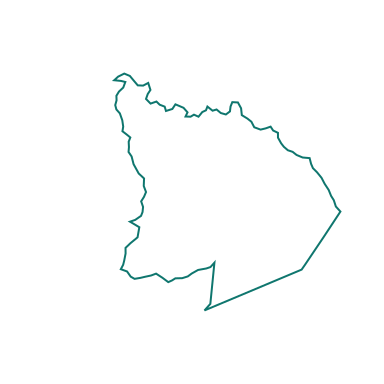 Feira Nova, Sergipe, Brazil, rotated 133°
{"feature_id": "56859067B67652621374936", "entity_name": "Feira Nova", "entity_type": "district", "adm_level": 2, "iso_a3": "BRA", "parent_name": "Brazil", "parent_adm1": "Sergipe", "projection": "robinson", "projection_center": [-37.332, -10.298], "detail": "fine", "context": "isolated", "style": "outline", "palette": "teal", "viewbox_px": 384, "rotation_deg": 133, "n_neighbors": 0, "source": "geoboundaries", "source_scale": "gbopen_adm2", "svg_char_len": 1660}
<svg xmlns="http://www.w3.org/2000/svg" viewBox="0 0 384 384"><g transform="rotate(133 192 192)"><path d="M270.1,102.1L174.0,58.9L168.4,59.7L135.2,65.0L105.1,70.1L104.5,76.9L101.3,82.7L100.0,87.6L97.3,93.4L95.5,100.7L93.3,106.9L92.3,114.0L92.1,119.8L90.2,124.1L87.0,129.1L91.3,134.6L93.6,140.8L94.0,145.8L96.1,150.4L96.3,155.7L95.6,160.0L93.6,166.2L90.1,169.5L91.7,174.6L90.6,179.1L95.2,181.5L99.6,184.4L102.2,190.6L100.1,196.5L100.5,201.5L101.8,208.0L97.3,213.2L95.2,219.5L98.8,223.8L103.2,222.1L107.2,219.2L112.2,220.1L114.6,224.8L114.9,230.3L118.5,232.4L119.0,239.0L122.7,237.5L126.5,239.0L132.5,238.6L134.1,243.3L137.9,244.4L141.2,248.2L136.8,249.6L136.2,255.6L137.7,259.8L139.2,263.9L144.7,263.0L150.5,266.3L148.2,270.2L150.2,275.2L150.1,279.7L155.6,282.6L155.3,289.1L150.5,291.2L145.7,292.0L142.1,298.4L147.5,300.3L151.0,304.4L150.3,310.3L149.5,316.6L151.6,322.3L158.0,324.7L163.3,325.1L159.2,319.7L157.0,315.8L162.5,313.5L168.4,313.9L173.2,312.9L176.4,309.7L180.8,307.4L183.2,303.6L183.7,298.4L187.1,291.9L191.1,286.9L195.0,284.3L194.5,279.0L194.2,274.3L198.4,272.6L202.2,268.7L206.0,265.7L207.2,260.4L211.5,253.7L213.0,249.1L214.8,243.6L214.8,236.3L220.5,231.4L223.4,225.6L228.3,223.8L233.5,222.8L236.3,217.6L240.4,214.5L244.2,213.0L251.1,214.5L256.0,217.1L253.7,206.5L262.3,200.9L271.4,202.1L278.2,202.5L282.3,198.6L288.4,194.8L292.2,192.7L297.0,191.4L294.4,185.3L295.7,179.1L294.7,174.8L289.9,171.1L286.0,168.5L281.0,165.0L276.2,162.6L274.9,155.2L274.1,147.9L270.3,146.3L266.5,145.3L261.7,140.4L256.6,137.5L251.8,136.6L244.9,134.4L238.2,129.4L234.3,127.3L228.4,127.4L261.3,102.3L270.1,102.1Z" fill="none" stroke="#0f766e" stroke-width="2"/></g></svg>